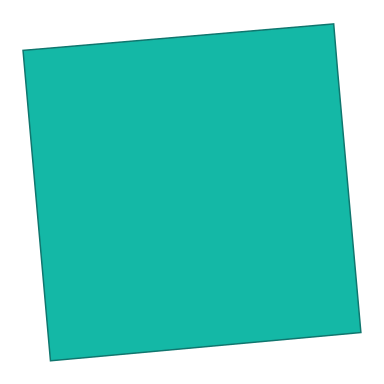 Midland, Texas, United States of America (Albers equal-area conic projection), rotated 85°
{"feature_id": "52423323B34026516853793", "entity_name": "Midland", "entity_type": "district", "adm_level": 2, "iso_a3": "USA", "parent_name": "United States of America", "parent_adm1": "Texas", "projection": "albers", "projection_center": [-102.104, 31.869], "detail": "fine", "context": "isolated", "style": "filled", "palette": "teal", "viewbox_px": 384, "rotation_deg": 85, "n_neighbors": 0, "source": "geoboundaries", "source_scale": "gbopen_adm2", "svg_char_len": 234}
<svg xmlns="http://www.w3.org/2000/svg" viewBox="0 0 384 384"><g transform="rotate(85 192 192)"><path d="M36.9,36.2L36.2,348.0L347.8,347.7L346.7,36.0L82.9,36.4L36.9,36.2Z" fill="#14b8a6" stroke="#0f766e" stroke-width="1.5"/></g></svg>